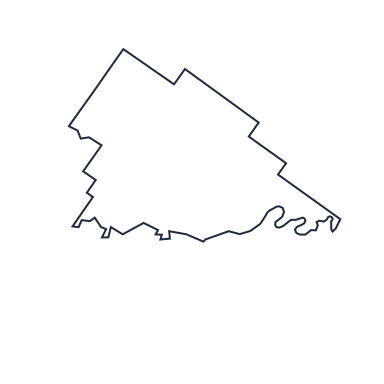 Gibson, Indiana, United States of America (Mercator projection), rotated 215°
{"feature_id": "52423323B43941420318175", "entity_name": "Gibson", "entity_type": "district", "adm_level": 2, "iso_a3": "USA", "parent_name": "United States of America", "parent_adm1": "Indiana", "projection": "mercator", "projection_center": [-87.738, 38.349], "detail": "fine", "context": "isolated", "style": "outline", "palette": "slate", "viewbox_px": 384, "rotation_deg": 215, "n_neighbors": 0, "source": "geoboundaries", "source_scale": "gbopen_adm2", "svg_char_len": 1233}
<svg xmlns="http://www.w3.org/2000/svg" viewBox="0 0 384 384"><g transform="rotate(215 192 192)"><path d="M270.1,95.3L264.7,98.2L266.2,105.7L258.9,109.6L257.0,115.2L246.3,111.1L241.1,112.4L239.7,103.2L234.5,106.8L238.3,116.7L224.5,117.6L213.9,138.9L198.0,141.3L197.5,136.4L192.2,139.7L190.6,135.0L183.4,141.1L188.2,146.8L172.4,154.1L154.2,157.9L153.8,160.8L147.8,169.2L139.5,180.9L128.7,184.9L121.9,193.5L117.8,205.0L118.1,214.3L118.5,218.4L117.7,221.6L114.3,228.5L112.3,230.3L108.7,231.0L105.2,228.5L103.9,223.4L106.3,215.3L105.2,212.9L102.9,211.7L100.3,212.7L97.9,216.1L96.3,221.7L95.0,225.8L90.9,228.9L86.5,234.6L84.7,234.8L82.8,233.8L82.1,230.7L83.7,227.4L86.0,223.7L86.2,220.3L83.2,218.4L79.7,218.8L74.7,222.1L72.6,229.1L68.6,231.6L69.9,236.9L72.7,238.9L71.1,241.6L66.9,243.5L65.8,247.0L66.1,249.5L65.2,251.1L63.1,251.5L61.6,251.0L60.9,249.1L61.2,247.8L56.3,241.0L54.1,240.3L54.0,240.8L53.8,241.5L53.4,245.0L54.1,249.2L54.9,254.8L131.6,255.6L131.4,269.5L177.3,270.0L177.2,287.1L268.3,288.7L268.5,269.9L314.5,269.7L330.2,269.6L330.3,246.4L330.2,223.5L330.6,175.3L320.9,176.7L313.8,171.9L307.8,177.7L292.9,178.4L293.0,146.5L277.7,146.6L277.7,131.1L270.3,131.1L270.1,95.3Z" fill="none" stroke="#1e293b" stroke-width="2"/></g></svg>